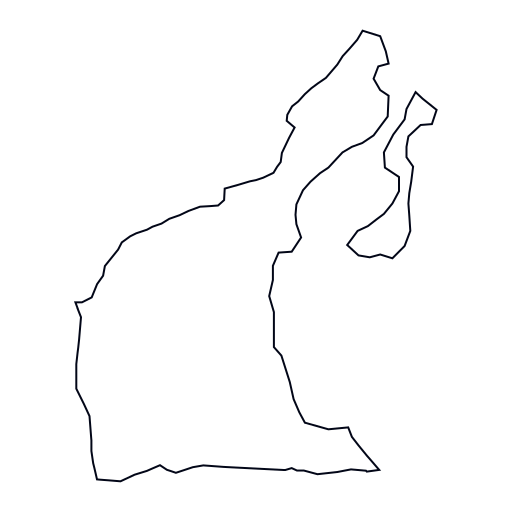 outline of Lysi, Cyprus
{"feature_id": "46923920B59905101389216", "entity_name": "Lysi", "entity_type": "district", "adm_level": 2, "iso_a3": "CYP", "parent_name": "Cyprus", "parent_adm1": "", "projection": "mercator", "projection_center": [33.705, 35.109], "detail": "fine", "context": "isolated", "style": "outline", "palette": "ink", "viewbox_px": 512, "rotation_deg": 0, "n_neighbors": 0, "source": "geoboundaries", "source_scale": "gbopen_adm2", "svg_char_len": 2112}
<svg xmlns="http://www.w3.org/2000/svg" viewBox="0 0 512 512"><path d="M77.3,307.8L81.0,317.2L79.1,339.5L78.2,347.9L77.6,352.5L76.3,364.1L76.3,370.0L76.3,388.7L83.8,403.8L89.5,416.1L91.3,439.4L91.4,440.1L91.4,451.0L92.4,457.9L93.2,463.3L94.3,467.7L95.6,473.3L97.0,479.4L100.3,479.7L108.3,480.3L120.5,481.3L134.6,474.7L146.9,470.9L152.1,468.6L160.0,465.2L166.9,469.8L170.6,471.0L175.9,472.8L185.0,469.8L192.2,467.4L192.8,467.2L203.3,465.4L223.6,466.9L233.0,467.4L283.8,470.0L285.3,470.0L291.7,468.1L296.9,470.5L303.7,470.5L315.6,473.7L317.5,474.2L322.0,473.7L337.4,472.0L344.1,470.7L351.0,469.4L366.0,470.7L366.8,471.6L379.2,469.9L369.3,458.4L367.0,455.8L358.5,445.4L351.9,436.9L348.2,427.4L328.4,429.3L304.9,422.7L299.3,412.3L293.6,399.1L289.8,382.1L281.4,355.6L273.9,347.1L273.9,332.9L273.9,312.1L269.2,296.1L272.9,280.0L272.9,265.8L278.6,252.6L291.7,251.7L301.1,237.5L296.4,224.2L295.5,214.8L296.4,204.4L303.0,190.2L310.5,181.7L320.0,173.2L328.4,167.6L342.5,152.4L351.9,146.8L362.3,143.0L373.6,135.4L382.0,124.1L387.7,116.5L388.6,95.7L380.2,90.1L373.6,78.7L378.3,66.4L388.6,63.6L385.8,51.3L380.2,36.2L362.6,30.7L357.2,39.8L349.3,48.9L342.7,56.1L337.3,64.6L325.9,77.9L318.0,83.3L311.4,88.2L304.8,94.2L298.2,101.5L292.1,106.3L287.3,114.8L286.7,120.8L294.6,127.5L289.1,137.8L281.9,152.9L280.7,162.0L277.1,166.8L273.5,172.8L263.2,177.7L256.0,180.1L250.0,181.3L238.0,184.9L224.7,188.6L224.1,200.1L218.1,205.5L210.3,206.1L200.0,206.7L188.6,210.9L179.6,215.2L169.3,218.8L161.5,223.6L152.5,226.7L147.0,229.7L136.2,233.3L130.2,236.3L121.8,242.4L118.1,249.6L110.3,259.3L104.9,266.0L103.1,275.7L97.1,284.1L91.7,297.4L82.0,302.3L75.4,302.3L77.5,308.0L77.4,308.0L77.3,307.8ZM415.6,92.1L406.5,109.0L404.6,119.4L393.3,134.5L383.9,152.4L384.9,167.6L399.0,177.0L399.0,191.2L392.4,203.5L383.9,213.9L376.4,219.5L367.9,226.1L357.6,230.9L347.2,245.0L358.5,255.4L369.8,257.3L380.2,254.5L392.4,258.3L404.6,246.0L410.3,230.9L409.3,215.7L408.4,203.5L409.3,193.1L411.2,181.7L413.1,166.6L406.5,157.2L406.5,146.8L408.4,136.4L420.6,125.0L431.9,124.1L436.6,109.9L422.5,98.6L415.6,92.1Z" fill="none" stroke="#020617" stroke-width="2"/></svg>